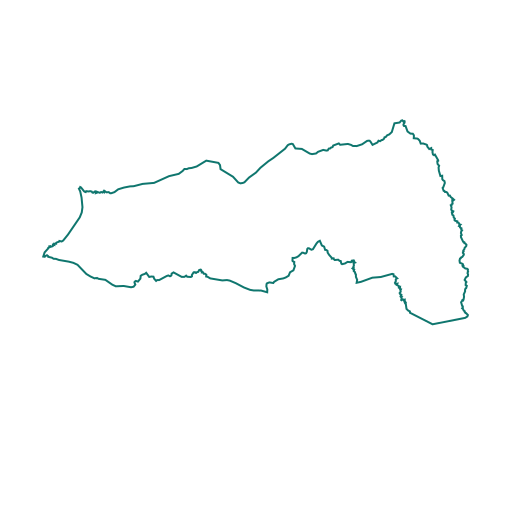 the district of Pech Chreada, Môndól Kiri, Cambodia, rotated 348°
{"feature_id": "14789045B57856207537526", "entity_name": "Pech Chreada", "entity_type": "district", "adm_level": 2, "iso_a3": "KHM", "parent_name": "Cambodia", "parent_adm1": "Môndól Kiri", "projection": "mercator", "projection_center": [107.158, 12.644], "detail": "fine", "context": "isolated", "style": "outline", "palette": "teal", "viewbox_px": 512, "rotation_deg": 348, "n_neighbors": 0, "source": "geoboundaries", "source_scale": "gbopen_adm2", "svg_char_len": 6116}
<svg xmlns="http://www.w3.org/2000/svg" viewBox="0 0 512 512"><g transform="rotate(348 256 256)"><path d="M47.8,212.3L49.1,212.8L49.3,212.4L51.7,211.8L52.7,213.0L52.6,213.6L56.0,215.2L57.4,216.6L59.7,217.2L62.4,218.9L71.7,222.6L75.9,224.7L79.6,227.5L86.3,238.3L89.8,241.6L93.4,244.3L94.9,244.3L95.6,244.7L96.0,244.5L97.3,245.6L103.7,248.0L109.5,254.2L112.6,256.5L120.3,257.8L127.3,260.6L129.9,260.6L132.0,258.9L131.6,256.7L132.0,255.9L133.3,255.4L135.2,256.5L138.2,254.1L139.1,251.4L140.9,250.7L143.6,250.4L145.1,249.6L147.2,254.3L149.3,254.3L151.4,254.9L151.7,257.1L153.1,259.6L154.2,259.0L156.3,259.4L164.5,257.0L166.2,256.8L167.6,257.9L168.3,257.9L169.3,257.2L169.8,255.7L171.9,254.9L179.0,261.0L181.7,261.5L183.6,260.7L184.4,262.0L187.9,263.0L189.1,262.6L189.3,261.3L191.6,259.0L192.9,259.1L193.1,259.8L194.0,260.1L195.0,259.5L196.2,259.5L197.5,257.9L199.1,257.8L199.4,258.2L199.1,259.1L199.9,259.8L199.6,260.8L200.7,260.9L201.2,262.5L202.3,262.7L203.5,263.9L203.0,265.7L204.2,266.2L206.6,268.4L218.0,272.9L222.6,273.5L225.2,274.6L230.6,278.4L237.7,284.3L243.2,287.9L246.5,289.2L253.7,290.8L259.4,293.8L260.1,291.1L259.8,287.9L260.5,285.6L261.1,285.0L263.6,284.6L267.3,286.0L268.4,285.0L273.0,283.4L278.0,283.6L280.6,283.2L283.8,282.1L285.9,279.0L289.6,277.8L292.1,273.8L291.6,271.8L292.2,269.8L290.8,268.7L290.7,268.1L291.4,265.5L293.1,265.9L295.4,265.7L297.5,265.0L301.8,262.3L302.8,262.6L304.5,263.8L305.6,263.7L306.6,262.5L307.6,259.8L308.4,259.2L309.3,259.4L311.5,261.4L313.1,261.2L317.8,256.3L319.5,255.0L321.6,254.4L322.6,259.4L324.6,261.0L324.9,264.4L326.1,264.8L327.0,265.8L326.8,267.6L327.8,270.2L329.7,273.5L329.6,274.3L331.4,274.4L331.4,275.2L332.2,276.3L335.6,276.7L336.8,278.2L337.8,278.5L337.9,281.2L338.5,281.9L341.5,281.8L344.3,280.8L347.5,281.8L348.7,281.5L348.4,281.0L348.7,280.5L350.7,280.6L351.0,281.6L350.7,282.2L351.4,283.0L350.0,283.2L349.8,285.6L349.1,286.5L349.3,287.2L347.9,288.1L348.8,288.8L348.5,289.4L349.2,289.8L348.5,291.1L349.5,292.5L349.4,294.0L349.9,294.7L349.4,297.2L350.0,300.3L348.9,303.1L353.3,303.1L365.3,301.4L373.7,302.5L385.5,301.8L386.7,302.4L386.5,304.6L387.9,304.9L389.4,307.2L388.6,307.3L387.8,308.1L387.6,309.6L386.3,311.2L386.6,312.2L388.5,312.4L387.6,313.5L389.5,315.1L389.1,316.7L389.5,317.0L390.4,316.6L390.0,318.2L390.9,318.7L390.1,319.8L390.1,321.0L388.8,322.1L388.9,322.9L390.1,324.1L389.2,325.2L390.0,325.8L389.2,326.2L389.8,327.4L388.9,329.2L389.2,329.5L389.7,329.1L391.0,329.2L391.4,330.3L391.5,329.6L392.4,329.6L392.1,330.5L392.5,331.8L391.7,331.5L392.0,333.3L392.6,333.4L392.2,339.0L393.5,341.0L395.0,342.2L394.8,343.5L414.5,359.5L447.8,360.0L450.2,359.1L451.0,357.8L449.6,355.5L449.1,355.4L448.5,354.1L448.7,353.5L447.8,352.5L447.5,350.8L446.8,350.0L447.6,349.3L447.8,348.2L447.3,347.7L447.0,343.9L448.4,342.6L449.3,342.7L449.7,342.1L449.4,341.8L450.0,341.6L451.0,339.2L451.2,336.8L453.2,334.0L453.4,332.7L454.1,331.4L454.9,331.1L456.0,329.0L455.0,328.0L455.7,325.7L456.4,325.2L455.1,322.8L456.8,320.6L459.1,319.6L459.6,318.1L459.3,316.7L460.2,315.4L460.0,314.9L460.5,313.2L459.9,312.4L458.1,311.7L456.6,309.9L456.9,308.7L456.5,308.5L456.0,308.8L455.9,308.4L456.7,307.2L456.5,306.7L454.0,305.0L454.1,302.8L455.0,300.9L455.8,300.8L456.2,300.1L457.6,299.8L459.5,298.0L459.7,297.3L459.0,296.0L459.2,295.2L460.0,294.8L459.9,293.7L461.1,292.8L461.7,291.5L463.7,290.0L464.2,288.8L463.3,287.2L462.5,286.8L462.6,285.8L461.6,285.2L460.4,280.2L460.7,278.6L461.6,278.2L461.2,276.2L461.8,274.7L462.9,273.7L462.3,273.1L462.3,272.0L462.7,271.6L461.5,270.5L461.6,269.5L460.9,269.0L462.4,267.9L461.4,267.5L461.6,266.9L461.0,265.5L459.8,265.1L460.1,263.9L458.2,263.0L457.6,262.0L458.3,260.8L457.4,259.4L457.6,257.5L456.6,256.5L456.6,254.2L457.6,254.2L458.3,253.3L457.0,252.3L456.6,251.2L457.4,249.0L457.1,246.9L457.9,246.8L458.0,246.2L459.2,245.7L459.4,243.2L461.4,242.2L460.7,241.2L459.8,241.5L460.1,240.4L458.7,238.8L458.2,237.2L457.0,237.0L456.4,234.2L455.7,233.1L454.1,232.6L453.9,231.6L453.1,231.3L452.7,228.2L453.6,227.5L455.9,223.8L455.9,221.9L454.6,220.6L454.2,219.6L454.8,216.2L453.0,216.1L452.6,210.6L453.0,207.3L453.9,205.8L452.8,203.9L452.8,202.8L453.0,201.0L454.0,200.8L454.1,200.3L452.1,194.0L451.1,194.4L450.2,193.5L450.2,191.0L450.9,189.1L449.6,188.3L449.8,186.9L447.7,187.4L446.3,184.6L446.4,183.1L445.9,182.5L442.9,180.7L440.5,180.3L440.1,177.3L438.9,175.3L438.2,174.7L434.8,173.6L435.5,171.1L435.4,170.3L434.8,169.0L432.5,168.4L430.1,165.7L429.3,160.0L427.8,159.6L427.5,158.9L427.6,157.9L429.0,156.5L429.4,155.1L429.0,154.8L428.1,155.2L427.3,153.7L426.2,153.8L424.2,155.3L419.0,155.0L414.6,163.0L411.6,164.8L409.4,165.2L407.6,166.6L406.4,166.6L405.6,167.9L403.9,168.8L403.0,168.7L401.2,169.5L399.8,168.7L398.4,170.2L393.1,171.5L391.7,167.8L391.1,166.9L390.2,166.6L388.6,166.5L383.0,168.8L377.4,169.4L373.6,168.5L372.1,167.1L369.2,165.5L361.4,164.7L360.4,163.1L354.5,164.0L353.5,165.4L351.7,165.6L351.0,166.2L349.5,166.1L348.1,167.6L346.7,167.5L343.8,166.2L338.3,167.0L336.1,168.2L332.0,168.0L329.9,167.0L323.1,160.8L316.9,159.0L315.3,154.2L314.2,153.6L311.7,153.7L310.1,154.2L306.7,157.1L293.3,163.7L287.8,165.9L278.7,170.6L273.3,174.4L265.5,177.8L260.0,181.5L258.3,181.8L255.9,181.7L253.9,180.4L250.0,173.7L239.4,163.7L239.7,159.6L238.6,157.1L227.2,152.4L216.6,156.1L211.4,156.5L208.4,156.2L206.4,156.6L204.1,156.0L201.9,157.6L197.5,159.6L187.6,159.8L171.5,163.3L160.1,161.9L150.9,162.3L147.2,161.7L141.1,161.6L135.1,162.1L130.8,164.1L127.5,164.5L126.4,164.3L125.2,162.9L122.9,162.6L121.6,161.1L120.9,161.9L120.6,160.8L119.1,162.0L117.8,161.2L116.4,161.7L114.9,160.8L112.9,161.1L113.6,160.0L112.7,159.4L112.2,159.4L112.3,160.2L111.4,160.1L111.1,159.7L110.0,160.3L109.2,160.0L108.7,158.8L107.2,158.1L105.8,158.1L103.4,157.3L102.7,158.1L102.3,157.9L101.3,157.0L99.1,152.6L98.4,152.0L97.9,152.8L96.8,153.3L97.5,156.3L97.5,162.7L96.4,172.2L94.6,177.2L91.6,181.6L76.5,196.0L70.6,200.8L68.9,201.4L66.8,200.4L66.4,201.0L63.7,201.4L62.9,201.9L62.9,202.4L61.1,202.0L61.0,203.3L59.7,202.7L59.3,204.1L58.9,204.2L57.4,204.3L57.0,203.6L55.9,203.6L56.0,204.5L54.5,204.8L54.3,205.4L50.0,208.5L47.8,212.3Z" fill="none" stroke="#0f766e" stroke-width="2"/></g></svg>